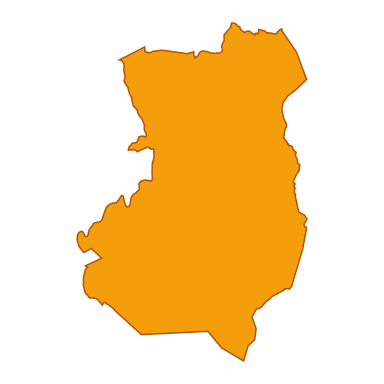 outline of Santa Cruz Zenzontepec, Oaxaca, Mexico
{"feature_id": "50627088B62885072459196", "entity_name": "Santa Cruz Zenzontepec", "entity_type": "district", "adm_level": 2, "iso_a3": "MEX", "parent_name": "Mexico", "parent_adm1": "Oaxaca", "projection": "equal_earth", "projection_center": [-97.511, 16.47], "detail": "fine", "context": "isolated", "style": "filled", "palette": "amber", "viewbox_px": 384, "rotation_deg": 0, "n_neighbors": 0, "source": "geoboundaries", "source_scale": "gbopen_adm2", "svg_char_len": 5870}
<svg xmlns="http://www.w3.org/2000/svg" viewBox="0 0 384 384"><path d="M305.7,77.1L297.0,53.5L296.3,51.8L282.6,31.8L281.9,30.5L282.1,29.2L281.0,29.1L280.3,29.4L279.3,30.2L277.6,31.9L276.8,33.0L275.8,33.7L275.1,34.1L273.1,33.6L270.9,33.0L269.7,33.2L268.3,32.7L267.6,33.1L266.2,32.3L265.4,31.5L264.3,30.7L262.8,30.7L262.1,30.4L261.2,30.0L258.8,29.4L258.6,30.3L258.5,33.8L258.0,34.0L257.5,33.5L256.6,33.1L255.7,33.3L255.2,34.0L255.1,34.9L254.3,34.8L253.9,34.1L251.8,33.0L251.0,32.4L250.4,31.8L249.9,31.4L249.0,31.1L247.8,31.2L246.4,31.4L245.6,31.8L244.7,32.6L243.6,31.8L242.6,31.4L242.1,30.8L241.4,30.3L240.6,29.2L240.1,28.4L240.1,27.5L239.4,26.6L238.2,26.4L237.6,25.8L236.5,24.5L234.8,23.3L233.9,23.1L231.6,23.0L230.5,27.5L224.0,34.8L224.1,36.9L224.1,39.9L223.9,41.1L223.4,42.1L222.9,42.6L222.6,43.7L221.7,45.5L221.7,46.6L221.8,47.6L222.5,49.4L222.3,50.8L221.6,51.7L220.8,52.5L219.7,53.2L218.7,53.2L216.7,52.7L215.4,53.4L214.7,53.3L211.3,52.9L209.8,52.7L208.1,51.7L206.6,51.5L204.9,51.4L203.8,51.0L203.0,51.0L201.5,51.2L200.6,51.7L199.7,52.4L199.1,53.8L198.5,54.8L197.5,56.2L196.4,57.2L195.1,58.0L194.9,56.7L194.1,55.6L193.7,54.4L193.7,53.1L193.8,51.8L187.1,53.7L164.0,50.4L162.0,50.2L154.5,51.1L152.8,51.3L150.1,52.9L144.9,51.7L145.1,50.3L144.8,48.8L144.6,47.0L127.7,55.7L119.4,59.8L120.7,60.0L122.1,61.3L123.2,62.5L123.6,63.3L124.2,65.7L123.9,68.1L123.8,69.6L123.9,71.3L124.2,72.9L124.7,74.3L125.1,76.0L124.9,77.8L124.2,80.3L124.2,81.7L126.0,84.8L126.9,86.0L127.8,87.1L128.2,89.0L129.4,93.4L130.4,95.6L131.2,97.1L131.9,98.1L131.9,99.8L132.4,102.0L132.9,103.7L133.2,105.7L135.5,108.2L136.5,109.2L137.4,110.9L137.8,112.9L138.7,114.9L140.2,116.8L141.8,118.6L143.7,123.1L144.3,124.9L144.3,127.2L144.3,129.4L144.8,131.3L145.3,132.3L146.2,133.5L146.4,135.4L145.3,137.0L144.2,136.5L142.8,136.0L141.2,136.2L140.1,136.6L138.9,136.9L138.5,138.3L138.1,139.2L137.8,140.5L137.2,141.4L136.2,142.6L134.9,143.0L133.7,142.9L132.1,143.2L131.2,144.3L130.6,145.4L129.1,146.9L128.6,148.5L128.4,150.2L130.1,149.9L131.2,150.0L133.2,149.9L134.5,149.4L137.5,151.9L138.8,150.9L139.8,150.6L141.0,150.0L143.6,148.9L144.7,148.5L145.9,148.0L146.5,147.3L147.4,147.1L148.8,147.3L149.2,148.1L149.8,148.7L150.5,148.7L151.4,149.3L152.2,149.1L153.3,148.8L153.9,150.3L153.8,152.0L153.8,154.0L154.1,158.1L153.5,159.3L153.4,159.9L153.0,161.0L152.6,162.2L152.4,163.0L152.3,163.9L152.1,165.2L152.2,167.1L152.2,168.1L152.2,169.0L152.1,170.0L152.0,172.3L152.1,173.8L152.2,176.1L152.3,177.1L152.2,179.3L152.0,180.0L151.8,180.5L151.5,180.9L150.7,180.9L149.7,180.8L148.8,180.7L148.0,180.4L147.0,180.2L146.2,180.1L145.4,180.0L144.7,180.1L144.2,180.3L143.5,180.4L142.7,180.8L141.9,180.7L141.2,181.0L140.8,181.5L139.8,182.3L139.1,183.4L139.0,184.2L139.0,185.4L139.2,186.6L139.2,187.4L139.3,187.9L139.1,189.8L138.2,190.6L137.1,191.5L136.4,192.5L134.0,194.0L132.8,194.9L131.5,197.0L130.7,199.6L130.4,201.6L130.2,203.8L129.8,205.2L128.7,206.5L127.9,206.9L127.1,206.8L126.4,206.4L125.9,205.6L125.3,204.5L124.7,203.2L124.5,202.2L124.2,200.8L123.8,199.2L123.6,197.6L123.1,196.2L122.5,195.7L121.7,195.5L121.0,196.4L119.6,198.4L118.7,199.8L117.6,201.0L116.7,202.5L115.9,202.8L115.0,202.7L113.6,203.0L111.6,203.5L110.2,204.2L109.2,204.7L107.4,205.9L107.0,206.4L106.2,207.8L103.4,215.2L102.5,218.6L101.1,221.0L100.2,221.6L97.5,222.3L95.6,222.6L93.4,223.5L93.0,224.7L92.2,225.7L90.5,227.9L89.3,229.7L88.8,230.9L88.5,232.0L88.1,234.7L87.7,235.7L87.4,236.3L86.4,236.8L85.4,236.2L84.7,235.7L84.2,234.6L83.7,233.5L83.2,232.2L82.2,231.5L80.9,231.5L79.6,232.2L78.9,232.5L77.9,234.0L77.7,234.6L77.4,235.7L77.3,237.0L77.3,238.4L77.1,240.1L77.3,241.0L78.3,243.7L79.1,246.7L83.8,252.6L91.2,248.5L101.7,258.2L85.4,265.8L87.6,267.2L87.2,267.5L86.6,267.9L86.1,268.5L85.8,269.0L85.6,269.5L85.1,270.4L84.9,271.1L84.8,271.8L84.4,273.2L84.2,274.9L83.7,276.7L83.6,277.7L83.4,278.4L83.4,278.7L83.4,279.0L83.4,279.5L83.4,279.8L83.4,280.4L83.4,280.7L83.4,281.1L83.5,281.9L83.5,282.6L83.4,283.1L83.5,283.6L83.3,284.9L83.4,285.4L83.5,286.3L83.5,286.5L83.9,287.4L84.0,288.1L84.2,288.4L84.3,289.4L84.3,289.9L84.6,290.6L84.9,291.7L85.1,292.1L85.1,292.3L85.3,292.4L85.4,292.8L85.6,293.2L85.8,293.5L86.4,294.0L86.8,294.6L87.6,295.6L88.2,296.3L88.5,296.6L88.8,296.8L89.5,298.0L91.2,297.8L91.7,297.8L96.0,298.5L97.5,299.3L102.4,305.2L102.8,304.4L103.2,303.3L103.8,302.8L104.8,302.5L105.5,302.5L106.1,303.6L106.4,303.6L108.2,304.7L113.0,308.3L114.9,310.3L117.4,312.8L141.4,334.6L207.9,331.3L221.5,347.8L243.6,361.0L248.0,346.1L254.7,339.7L256.1,328.7L252.0,316.9L256.3,309.1L258.1,308.8L258.8,308.4L260.5,307.6L261.3,306.8L262.2,306.2L262.8,305.1L263.4,304.6L264.1,304.0L264.6,303.6L265.1,302.8L265.5,302.1L265.7,301.8L266.0,301.5L266.5,301.0L266.8,300.8L267.7,300.8L272.5,296.2L273.0,295.7L273.5,295.7L274.0,295.6L274.7,294.9L275.2,294.7L275.8,294.4L276.6,294.2L277.0,294.4L277.6,293.3L279.0,292.9L279.7,292.5L280.3,292.1L281.1,291.7L281.6,291.3L282.0,290.9L283.4,290.6L284.1,290.0L284.4,288.8L285.6,289.0L287.3,288.7L288.3,288.8L289.4,289.1L290.4,288.0L291.9,285.9L292.0,285.3L292.0,284.9L302.6,249.5L306.6,227.7L306.2,227.1L305.1,226.8L304.3,225.6L304.0,224.2L304.7,223.2L305.0,222.6L306.0,221.1L306.7,219.8L306.9,219.6L306.9,218.9L305.0,215.9L304.7,215.2L298.7,211.9L295.1,195.3L295.6,194.4L294.2,192.2L295.1,187.9L294.2,187.3L294.3,185.4L294.9,184.5L294.9,183.2L293.6,182.9L293.4,181.2L296.6,174.2L299.0,171.1L299.8,164.7L297.7,163.0L297.5,162.9L297.4,162.7L297.6,161.3L297.4,161.0L297.1,158.9L295.7,156.3L295.7,155.0L295.6,154.2L295.2,153.5L296.1,153.2L295.9,152.1L295.3,151.6L294.8,151.5L294.0,150.5L293.9,150.0L292.9,149.3L292.2,146.3L290.7,146.0L288.7,145.3L288.8,144.1L287.6,144.2L287.2,142.4L284.6,139.1L283.8,138.0L284.0,137.7L283.8,136.9L285.1,128.8L286.4,127.0L286.6,124.2L283.6,118.1L281.8,109.2L282.3,106.8L283.1,102.5L287.7,96.2L289.1,94.9L296.2,89.5L306.8,79.2L305.5,77.2L305.7,77.1Z" fill="#f59e0b" stroke="#b45309" stroke-width="1.5"/></svg>